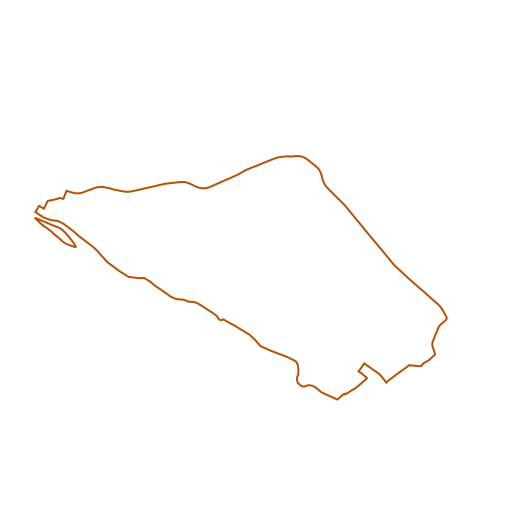 the district of Hilwan, Al Qahirah, Egypt, rotated 308°
{"feature_id": "37247803B18472339316050", "entity_name": "Hilwan", "entity_type": "district", "adm_level": 2, "iso_a3": "EGY", "parent_name": "Egypt", "parent_adm1": "Al Qahirah", "projection": "orthographic", "projection_center": [31.32, 29.854], "detail": "fine", "context": "isolated", "style": "outline", "palette": "amber", "viewbox_px": 512, "rotation_deg": 308, "n_neighbors": 0, "source": "geoboundaries", "source_scale": "gbopen_adm2", "svg_char_len": 5938}
<svg xmlns="http://www.w3.org/2000/svg" viewBox="0 0 512 512"><g transform="rotate(308 256 256)"><path d="M190.8,66.6L182.4,69.0L181.0,65.7L178.1,63.8L171.4,58.2L170.9,58.0L162.8,59.8L161.9,54.2L158.0,54.8L154.9,55.1L154.9,56.1L155.5,64.7L157.7,71.7L161.8,78.7L162.9,84.7L163.1,97.4L162.6,103.4L162.9,121.1L162.5,127.1L161.1,134.2L159.7,142.3L159.9,156.9L161.1,168.5L166.2,177.0L169.8,181.5L170.7,188.9L170.5,190.3L170.4,195.2L170.8,200.6L171.3,208.4L171.4,213.7L173.0,219.7L177.1,226.0L178.6,231.3L181.3,234.9L182.7,238.7L183.3,243.4L183.9,250.2L184.5,257.3L184.6,262.2L184.3,263.4L183.5,264.5L183.4,265.7L183.4,267.2L184.4,268.5L186.0,269.3L186.4,272.4L187.4,279.6L187.8,280.6L190.0,299.4L189.3,307.2L187.8,314.7L187.8,315.3L189.8,323.4L192.0,331.1L194.7,339.5L195.8,343.8L197.3,350.8L197.2,353.8L196.6,354.4L196.4,355.3L193.0,359.1L188.7,362.2L185.8,363.0L183.6,364.6L181.7,367.0L181.5,371.1L182.1,373.5L183.9,375.4L185.7,376.2L186.6,377.0L188.4,380.2L189.2,384.4L188.9,391.6L193.0,408.5L199.7,409.8L201.5,410.4L202.0,410.6L201.8,411.4L205.3,412.9L209.0,414.1L210.2,414.6L211.1,415.1L211.6,415.2L213.8,415.9L217.6,416.8L221.9,417.6L224.7,418.2L226.5,418.5L227.4,418.6L228.1,418.6L228.2,418.2L228.3,416.3L228.5,411.4L228.2,407.8L232.8,407.8L238.0,407.4L238.3,414.4L238.6,420.1L238.8,422.9L238.9,423.9L238.8,425.7L238.7,426.6L238.5,428.0L238.1,430.4L237.8,431.6L237.0,434.5L236.6,436.4L236.5,436.6L237.1,436.6L238.7,437.0L240.3,437.2L241.1,437.5L241.6,437.6L244.0,438.3L245.8,438.8L247.9,439.3L250.3,440.0L252.1,440.5L254.1,441.1L257.4,442.1L259.8,442.8L261.1,443.2L263.2,443.7L264.1,443.8L265.5,446.0L266.6,447.7L268.4,450.5L270.1,453.1L270.7,453.6L271.1,453.9L274.7,454.1L280.0,456.3L280.4,456.4L288.6,457.8L289.1,457.3L290.8,454.8L291.9,453.1L293.1,451.2L294.3,449.8L295.5,448.9L296.7,448.2L298.3,447.7L300.3,447.1L303.6,446.1L305.1,445.7L307.9,445.0L310.0,444.3L311.4,444.0L312.8,443.6L313.4,443.6L314.4,443.6L316.0,443.8L319.5,444.5L322.2,445.0L323.0,445.1L323.8,444.9L324.4,444.6L324.7,444.3L325.2,443.6L327.0,439.6L328.2,436.6L329.2,433.6L329.7,431.7L330.0,429.5L330.1,427.8L330.1,426.6L330.9,414.7L331.0,412.8L331.2,411.1L331.3,405.5L331.8,398.0L332.3,389.8L333.3,377.7L333.7,372.2L333.8,371.1L334.0,369.9L334.4,368.0L335.6,362.8L336.7,357.8L338.0,352.1L340.1,342.3L342.4,331.6L344.7,321.4L347.0,310.8L348.9,302.6L350.1,297.0L350.7,294.3L351.2,290.2L351.4,288.9L351.5,288.0L351.7,286.1L351.8,284.7L351.9,283.8L352.4,279.8L352.9,276.0L353.1,274.4L353.6,270.8L353.7,269.9L353.8,269.5L353.9,268.9L354.0,268.3L354.2,267.7L354.3,267.3L354.4,266.9L354.5,266.7L354.7,266.4L354.8,265.9L355.2,265.1L355.5,264.5L355.9,263.6L356.0,263.4L356.1,263.2L356.3,262.9L356.6,262.5L356.8,262.1L357.6,261.1L358.8,259.5L359.3,258.9L359.5,258.5L360.0,257.9L360.4,257.3L360.8,256.7L361.1,256.3L361.4,255.7L361.6,255.3L361.8,254.9L362.0,254.6L362.3,254.0L362.4,253.7L362.5,253.5L362.6,253.1L362.9,252.4L363.0,251.9L363.1,251.6L363.1,251.2L363.2,250.8L363.3,250.3L363.3,249.7L363.4,249.1L363.5,248.3L363.6,244.3L363.6,241.2L363.7,240.0L363.7,239.0L363.7,237.9L363.7,237.5L363.6,236.6L363.6,235.9L363.5,235.2L363.5,234.8L363.4,234.5L363.4,234.2L363.3,233.9L363.3,233.5L363.1,232.9L363.0,232.6L363.0,232.4L362.8,231.8L362.6,231.2L362.3,230.6L362.1,230.0L362.0,229.8L361.8,229.5L361.7,229.3L361.4,228.8L361.2,228.3L360.8,227.8L360.6,227.6L360.2,227.0L359.6,226.3L359.2,225.9L358.8,225.4L357.7,224.2L355.1,221.5L354.6,220.1L353.8,219.3L353.3,218.7L351.6,217.0L350.5,215.8L349.3,214.6L348.3,213.6L347.4,212.9L346.5,212.2L345.1,211.2L343.7,210.2L342.6,209.7L341.2,208.8L339.7,207.9L337.6,206.7L335.8,205.7L333.9,204.5L331.7,203.3L327.0,200.6L322.5,197.9L320.6,196.9L318.7,195.7L316.7,194.7L315.3,194.1L314.1,193.7L312.9,193.2L311.7,192.8L310.5,192.3L309.3,191.7L308.1,191.2L304.4,189.2L301.4,187.6L299.6,186.7L296.8,185.1L294.3,183.8L292.4,182.7L291.2,182.1L288.1,180.4L287.4,180.0L286.8,179.7L285.6,179.1L284.2,178.4L282.9,177.7L281.7,177.1L280.9,176.5L280.2,176.0L279.6,175.6L279.2,175.2L278.9,174.9L278.3,174.4L277.9,173.9L277.4,173.3L276.8,172.7L276.5,172.1L276.1,171.6L275.3,170.4L275.0,169.6L274.7,168.9L274.4,168.2L274.2,167.3L273.9,166.4L273.6,165.1L273.3,163.8L272.5,160.5L272.0,158.5L271.6,157.0L271.2,156.0L270.7,155.0L270.3,154.2L270.0,153.7L269.5,152.9L269.3,152.7L266.6,149.7L260.3,143.3L256.9,139.8L247.8,132.5L240.9,126.8L239.1,125.4L237.9,124.4L234.0,121.2L231.4,119.1L228.8,116.7L227.8,115.6L226.8,114.2L226.0,113.1L223.8,109.0L220.9,103.1L219.8,100.8L220.0,100.5L219.1,98.6L217.1,94.7L215.9,92.6L215.2,91.5L214.4,90.6L212.8,89.0L211.7,88.0L210.9,87.5L209.0,86.3L206.8,85.0L204.1,83.2L203.4,82.8L202.6,82.3L201.2,81.5L199.0,80.1L198.5,79.8L198.2,79.5L197.9,79.3L197.6,79.0L197.0,78.5L196.2,77.6L195.9,77.3L195.7,77.0L195.3,76.5L194.9,76.0L194.6,75.5L194.1,74.8L193.8,74.2L193.4,73.4L193.0,72.5L192.7,71.8L192.4,71.1L192.0,69.9L191.8,69.4L191.5,68.6L191.1,67.4L190.8,66.6ZM152.1,108.3L152.2,108.2L152.3,108.2L152.5,107.9L152.7,107.5L152.9,107.2L153.0,106.8L153.2,106.4L153.4,105.9L153.6,105.3L153.8,104.6L154.0,104.2L154.1,103.8L154.2,103.5L154.4,102.7L154.5,102.4L154.6,102.1L154.7,101.8L154.8,101.4L155.1,100.1L155.2,99.6L155.4,98.8L155.5,98.5L155.6,98.1L155.7,97.9L155.7,97.6L156.1,95.9L156.2,95.3L156.4,94.5L156.5,94.1L156.5,93.8L156.7,93.3L156.7,93.1L156.8,92.8L156.9,92.4L157.0,91.3L157.1,89.8L157.3,87.7L157.4,86.1L157.2,84.7L156.9,83.0L156.4,81.1L155.5,78.3L154.8,76.2L153.5,70.6L151.2,62.6L150.7,60.2L150.0,58.9L149.8,58.9L149.8,60.0L150.0,61.2L149.5,61.6L149.4,63.6L149.1,65.2L149.0,67.1L149.1,67.6L149.1,69.2L148.7,69.4L149.1,71.9L149.3,74.0L149.3,80.6L148.9,83.2L148.9,85.9L148.8,89.7L148.6,91.5L148.5,93.4L148.3,94.9L148.3,95.4L148.3,95.7L148.3,96.0L148.6,97.6L148.7,98.5L148.7,98.9L148.8,99.2L148.9,99.6L148.9,99.8L149.2,100.7L149.3,101.1L149.9,103.1L150.0,103.4L150.1,103.7L150.4,104.4L150.7,105.0L150.8,105.5L151.3,107.0L151.5,107.6L151.6,107.8L152.0,108.2L152.1,108.3Z" fill="none" stroke="#b45309" stroke-width="2"/></g></svg>